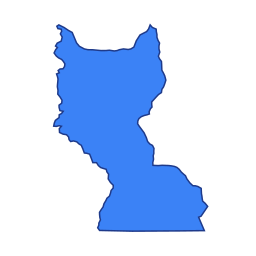 the district of Pedra Lavrada, Paraíba, Brazil, rotated 86°
{"feature_id": "56859067B32724013472613", "entity_name": "Pedra Lavrada", "entity_type": "district", "adm_level": 2, "iso_a3": "BRA", "parent_name": "Brazil", "parent_adm1": "Paraíba", "projection": "robinson", "projection_center": [-36.413, -6.768], "detail": "fine", "context": "isolated", "style": "filled", "palette": "blue", "viewbox_px": 256, "rotation_deg": 86, "n_neighbors": 0, "source": "geoboundaries", "source_scale": "gbopen_adm2", "svg_char_len": 2388}
<svg xmlns="http://www.w3.org/2000/svg" viewBox="0 0 256 256"><g transform="rotate(86 128 128)"><path d="M20.3,189.8L21.5,191.9L24.0,191.0L24.8,187.8L26.8,187.4L29.4,188.9L32.7,187.3L36.7,188.6L38.4,192.7L41.2,194.6L42.8,192.8L44.8,194.7L48.0,196.5L51.2,194.5L53.2,192.4L55.0,189.4L57.0,187.9L59.6,186.5L62.2,187.0L64.4,188.7L64.4,191.7L65.8,193.7L68.1,192.7L69.1,195.5L71.7,194.8L74.2,194.4L76.9,194.8L79.7,195.3L82.0,195.6L85.5,195.2L89.3,195.7L92.2,193.7L95.7,191.9L98.6,192.4L100.4,195.2L102.7,195.3L105.9,194.7L106.8,191.5L108.9,193.3L110.0,195.7L112.8,196.0L115.3,199.9L118.0,201.2L121.0,202.0L121.4,199.3L120.9,196.6L121.6,194.3L123.9,196.6L127.7,196.6L129.6,193.2L130.4,189.8L132.8,187.9L135.5,187.6L137.5,186.2L137.1,183.3L138.2,180.1L140.4,178.1L142.0,175.8L145.7,174.5L149.9,173.3L150.3,171.0L151.4,168.1L154.5,167.1L157.9,166.1L160.1,165.5L160.4,161.8L163.4,160.2L165.5,158.1L166.6,155.5L167.7,152.6L170.3,152.1L172.7,150.6L177.4,151.3L181.1,149.3L184.1,146.7L186.9,147.0L189.1,149.2L191.8,150.0L194.7,151.3L196.6,153.9L198.8,155.1L201.8,157.2L205.1,158.4L207.4,160.3L210.1,162.3L212.5,162.4L215.4,162.3L217.7,161.9L220.8,163.7L222.9,163.9L225.4,165.2L228.2,163.5L231.2,131.0L234.2,84.3L235.7,59.0L221.9,63.8L221.1,61.3L211.8,54.0L208.5,56.3L206.2,58.6L203.7,58.9L201.2,59.0L198.7,59.3L193.3,59.2L191.2,62.4L190.4,64.7L190.1,67.3L187.1,70.1L182.9,72.8L179.6,74.0L178.0,75.7L175.7,77.9L172.7,79.9L170.7,82.0L169.6,84.3L168.9,86.9L168.3,89.9L167.6,96.5L167.6,100.6L167.0,105.7L164.3,105.7L160.9,104.7L157.5,104.8L155.1,104.0L152.9,103.9L150.2,103.5L147.1,104.8L145.4,107.4L142.8,109.4L138.8,110.4L136.0,111.5L133.9,112.3L131.2,114.0L127.3,116.5L124.5,118.1L121.6,117.7L119.3,116.4L117.6,113.9L116.6,110.7L116.2,108.2L115.5,105.7L113.3,105.8L110.4,104.3L108.8,102.6L106.1,102.7L103.6,102.5L101.5,100.3L99.0,97.7L96.7,95.2L95.0,92.2L91.8,91.5L89.5,89.7L86.5,88.3L82.9,86.9L78.6,87.7L75.5,88.9L72.7,90.2L69.5,90.1L66.8,90.0L63.9,90.0L61.1,91.8L58.5,92.7L54.5,91.0L51.3,91.6L48.3,91.4L45.5,90.6L42.8,91.9L39.5,92.8L36.8,92.6L33.9,93.0L31.3,93.0L29.4,96.7L26.7,98.7L30.7,100.6L33.1,102.7L36.0,109.5L41.5,113.6L47.7,116.5L49.3,119.6L49.7,122.3L48.8,127.0L49.3,131.2L50.0,133.4L50.2,136.3L49.1,141.2L49.2,144.5L48.9,149.4L47.5,157.8L47.1,162.5L46.1,166.0L43.1,170.8L39.5,173.4L28.8,177.0L26.5,180.6L23.3,184.7L20.3,189.8Z" fill="#3b82f6" stroke="#1e3a8a" stroke-width="1.5"/></g></svg>